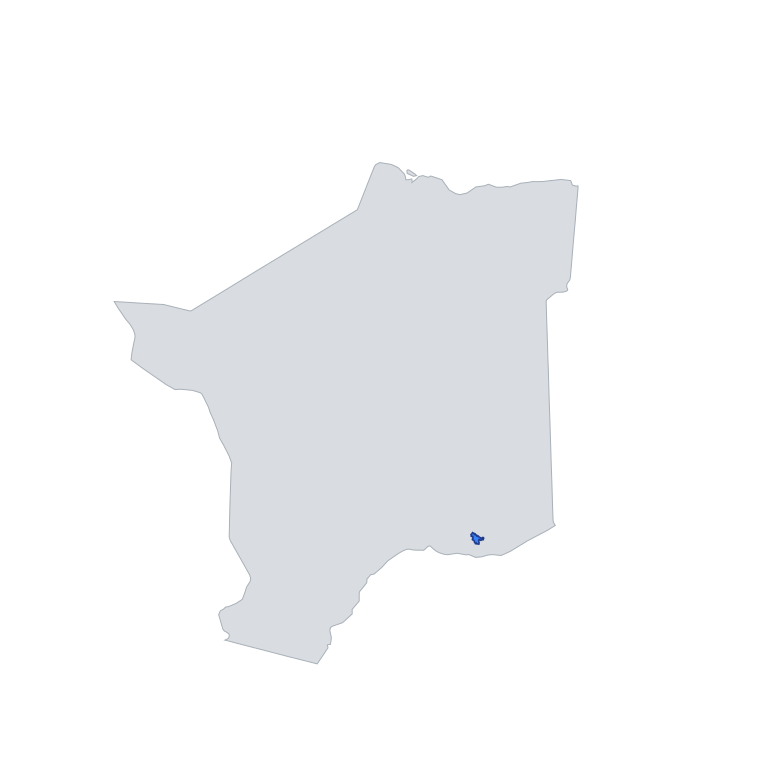 Matungu, Western, Kenya (highlighted), rotated 239°
{"feature_id": "3690345B16104785008484", "entity_name": "Matungu", "entity_type": "district", "adm_level": 2, "iso_a3": "KEN", "parent_name": "Kenya", "parent_adm1": "Western", "projection": "orthographic", "projection_center": [34.459, 0.384], "detail": "fine", "context": "in_parent", "style": "filled", "palette": "blue", "viewbox_px": 768, "rotation_deg": 239, "n_neighbors": 0, "source": "geoboundaries", "source_scale": "gbopen_adm2", "svg_char_len": 5382}
<svg xmlns="http://www.w3.org/2000/svg" viewBox="0 0 768 768"><g transform="rotate(239 384 384)"><path d="M174.6,458.0L174.4,449.0L175.7,426.1L175.5,406.0L176.7,396.0L181.6,389.6L183.9,385.0L185.6,378.5L188.2,373.2L194.1,368.9L195.1,366.6L201.3,359.4L205.1,350.2L207.9,347.0L211.4,344.1L213.9,342.6L218.0,341.1L221.2,340.2L221.8,339.5L222.1,338.0L221.0,332.3L222.4,330.4L224.6,326.6L227.1,323.0L229.3,320.8L230.6,318.4L231.2,314.4L231.3,311.6L231.2,306.9L230.5,296.3L227.9,287.5L226.2,277.6L227.4,274.3L225.4,268.5L224.3,268.2L222.6,266.9L220.5,261.5L218.8,256.5L217.8,255.2L210.7,250.9L207.2,240.6L203.3,238.3L201.2,228.1L200.8,225.2L203.0,215.0L202.8,212.6L200.4,210.5L193.8,208.3L188.4,204.1L189.1,202.6L189.5,201.1L186.7,200.1L178.5,182.6L189.0,172.2L199.7,161.5L213.4,148.1L225.9,135.8L236.7,125.2L246.4,115.7L246.2,117.5L246.2,119.9L247.4,121.4L249.4,122.4L252.2,121.3L254.6,119.9L256.9,119.6L271.4,123.5L273.9,126.9L273.7,130.6L274.4,133.3L273.3,136.0L272.1,144.2L272.4,151.7L276.8,157.2L280.7,161.6L283.8,167.7L286.1,169.6L289.2,170.5L299.2,170.8L314.0,171.2L328.2,171.6L329.5,171.7L332.6,172.5L345.7,180.8L357.7,188.4L367.8,194.9L377.7,201.3L387.3,207.5L394.7,212.7L402.1,214.2L414.0,215.0L422.2,215.2L429.8,217.4L441.1,219.4L449.5,220.4L454.6,221.6L468.7,222.8L471.1,222.1L477.3,216.4L484.2,207.1L486.9,202.0L495.8,196.9L511.6,189.8L522.7,184.8L535.0,179.7L540.7,184.1L548.5,191.1L552.0,194.5L554.8,196.0L559.0,197.0L564.1,197.1L566.9,196.9L572.6,196.0L586.0,195.2L593.6,195.2L587.3,204.5L579.6,215.6L565.6,236.1L554.8,246.9L546.7,255.1L546.0,256.5L546.1,265.6L546.2,287.8L546.6,332.3L546.8,376.8L547.0,421.2L547.1,443.4L547.1,450.9L554.3,460.3L561.3,469.4L570.5,481.4L575.4,487.9L576.3,490.1L576.0,494.4L568.3,503.5L562.1,507.6L553.6,509.6L551.1,509.2L547.8,507.9L546.5,510.1L545.5,513.4L543.7,512.7L542.3,511.7L543.1,517.7L543.9,520.7L542.6,524.7L538.5,528.2L538.2,531.2L529.3,538.9L516.7,539.8L510.1,543.6L507.1,546.8L504.9,553.7L505.6,564.2L502.1,572.3L501.4,576.4L494.8,581.7L491.9,586.5L489.8,591.4L487.9,593.6L485.7,604.6L482.6,611.3L481.8,613.5L481.0,615.5L478.6,619.4L477.1,622.1L476.0,623.9L468.2,641.0L462.2,648.8L457.5,647.9L454.4,650.9L454.0,652.3L452.4,651.5L448.5,648.7L440.5,642.9L432.5,637.1L424.4,631.3L416.4,625.4L408.4,619.6L400.4,613.8L392.3,608.0L384.3,602.2L379.6,598.8L377.5,596.8L375.8,592.8L375.0,591.8L372.9,590.5L370.4,590.2L369.7,589.5L369.7,587.5L370.6,584.7L373.6,579.4L373.9,576.2L373.3,572.7L372.4,567.0L371.6,565.7L366.3,562.7L355.1,556.4L343.9,550.2L332.6,543.9L321.4,537.6L310.2,531.4L299.0,525.1L287.8,518.8L276.5,512.5L265.3,506.3L254.1,500.0L242.8,493.7L231.6,487.4L220.4,481.2L209.1,474.9L197.9,468.6L186.6,462.3L182.4,460.0L178.6,458.0L174.6,458.0ZM547.7,518.8L545.8,519.3L546.8,516.3L552.5,512.4L554.9,513.3L555.3,514.2L555.2,515.0L554.2,515.8L547.7,518.8Z" fill="#d9dde1" stroke="#a8b0b8" stroke-width="1"/><path d="M200.3,380.4L200.3,380.5L200.2,380.7L200.2,380.8L200.1,380.7L200.1,380.8L199.9,380.8L199.7,380.9L199.4,380.9L199.2,381.0L199.0,381.4L199.0,381.5L198.9,381.6L198.9,381.8L198.6,382.0L198.1,382.4L198.0,382.5L197.9,382.6L197.8,382.8L198.2,383.1L198.4,383.3L198.5,383.5L198.8,383.8L199.0,383.8L199.3,383.8L199.5,383.8L199.8,383.9L199.9,384.0L200.0,384.1L200.3,384.2L200.4,384.3L200.5,384.3L200.8,384.6L201.2,384.7L201.2,384.8L201.3,384.9L201.4,385.0L201.6,385.2L201.9,385.4L201.9,385.5L201.6,385.8L200.9,386.0L200.7,386.0L200.4,386.3L200.1,386.4L200.0,386.5L200.0,386.9L200.0,387.0L200.0,387.3L199.9,387.6L199.9,388.0L199.9,388.3L199.7,388.6L199.4,388.7L199.4,388.8L199.7,389.0L199.8,389.2L199.8,389.3L200.0,389.4L200.4,389.8L200.5,389.9L200.5,390.1L200.8,390.2L201.0,390.1L201.3,390.0L201.5,389.9L201.5,389.7L201.7,389.4L201.8,389.1L201.7,389.0L201.6,388.8L201.6,388.7L201.4,388.7L201.2,388.5L201.2,388.4L201.3,388.3L201.3,388.2L201.5,388.0L201.5,387.9L201.6,387.7L201.8,387.6L202.0,387.5L202.4,387.5L202.6,387.5L202.7,387.4L202.8,387.4L203.0,387.2L203.3,387.1L203.5,387.0L204.1,386.7L204.4,386.6L204.5,386.5L204.8,386.6L205.0,386.6L205.0,386.3L205.0,386.2L205.0,385.9L205.1,385.7L205.4,385.5L205.5,385.6L205.8,385.5L205.8,385.4L206.0,385.2L206.2,385.4L206.3,385.4L206.3,385.6L206.5,385.5L206.8,385.6L206.9,385.3L207.0,385.2L207.3,384.9L207.5,384.7L207.8,384.5L207.9,384.8L208.0,384.9L208.3,384.8L208.6,384.8L208.8,384.7L208.7,384.7L208.9,384.4L209.0,384.4L209.2,384.2L209.3,384.0L209.4,383.9L209.5,383.9L209.5,384.0L209.5,384.3L209.6,384.2L209.8,384.0L210.0,383.9L210.3,383.8L210.5,383.7L210.4,383.6L210.5,383.5L210.5,383.4L210.8,383.3L210.7,383.2L210.8,383.0L210.8,382.9L210.7,382.9L210.7,382.7L210.4,382.4L210.3,382.2L210.3,381.9L210.3,381.7L210.3,381.4L210.3,381.2L210.2,381.0L210.0,380.9L209.9,380.9L209.7,380.9L209.4,380.9L208.7,380.3L208.4,380.4L208.4,380.5L208.2,380.7L208.1,380.8L208.0,381.0L208.0,381.3L207.9,381.4L207.8,381.5L207.7,381.7L207.4,381.5L207.2,381.4L206.9,381.4L206.6,381.1L206.5,380.9L206.4,380.9L206.2,381.0L206.0,380.9L205.9,380.9L205.8,380.7L205.7,380.4L205.6,380.2L205.5,379.9L205.4,379.9L205.4,379.7L205.2,379.6L204.9,379.6L204.7,379.7L204.6,379.8L204.4,379.9L204.4,380.0L204.2,380.1L204.1,380.3L203.9,380.4L203.7,380.4L203.3,380.4L203.2,380.4L203.2,380.5L202.9,380.6L202.7,380.7L202.4,380.5L202.2,380.4L202.0,380.2L201.9,380.2L201.7,380.0L201.4,380.0L201.2,380.0L200.8,380.2L200.7,380.2L200.6,380.3L200.4,380.4L200.3,380.4Z" fill="#3b82f6" stroke="#1e3a8a" stroke-width="1.5"/></g></svg>